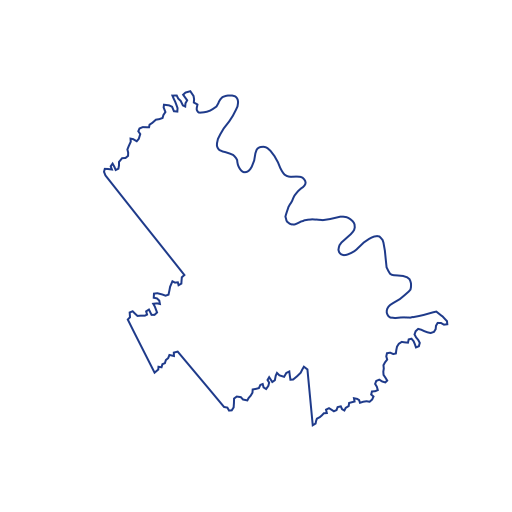 25 de Mayo, Misiones, Argentina, rotated 244°
{"feature_id": "61730980B2649832708573", "entity_name": "25 de Mayo", "entity_type": "district", "adm_level": 2, "iso_a3": "ARG", "parent_name": "Argentina", "parent_adm1": "Misiones", "projection": "albers", "projection_center": [-54.618, -27.386], "detail": "fine", "context": "isolated", "style": "outline", "palette": "blue", "viewbox_px": 512, "rotation_deg": 244, "n_neighbors": 0, "source": "geoboundaries", "source_scale": "gbopen_adm2", "svg_char_len": 5772}
<svg xmlns="http://www.w3.org/2000/svg" viewBox="0 0 512 512"><g transform="rotate(244 256 256)"><path d="M311.6,174.2L270.3,183.3L269.4,180.0L266.7,178.4L263.9,176.8L263.7,173.6L266.6,174.2L267.6,171.5L269.9,169.8L268.0,167.6L266.0,165.3L263.3,163.3L259.6,160.4L260.0,157.3L262.5,154.9L265.8,151.0L266.9,147.8L263.3,145.8L261.3,148.4L258.3,149.5L255.0,148.6L256.8,146.3L258.1,142.7L254.8,142.9L248.6,142.3L247.6,139.0L248.9,136.3L252.1,136.3L254.8,136.3L254.4,133.0L251.1,132.4L251.1,129.9L253.0,126.0L254.1,123.2L257.2,122.0L260.4,120.9L260.6,117.7L256.2,115.9L255.1,112.9L242.1,113.0L195.6,113.7L196.8,118.4L199.2,119.8L197.4,122.3L199.8,124.5L199.6,127.1L202.0,129.4L202.7,132.3L205.0,134.8L202.1,138.4L205.2,139.8L204.4,143.7L157.5,155.4L134.3,161.1L132.3,163.8L128.9,164.0L127.9,166.5L129.7,169.5L133.3,171.6L137.5,173.8L138.1,177.1L135.8,180.5L132.7,181.4L130.0,184.9L131.6,187.1L132.8,190.0L134.7,192.9L137.5,194.5L136.6,197.7L136.0,200.7L138.2,203.4L138.0,205.9L134.6,205.2L132.0,206.8L133.9,210.2L136.4,212.3L139.5,212.0L141.3,214.7L135.6,215.4L136.1,218.5L139.8,221.3L141.7,223.6L138.5,224.7L135.1,228.3L137.6,232.0L137.6,235.3L134.4,234.2L129.7,232.7L128.7,235.2L129.9,240.2L131.5,245.0L133.6,247.7L135.5,250.5L131.5,252.5L79.0,232.8L79.3,236.1L81.4,237.7L83.1,239.4L83.2,242.8L83.9,245.4L84.9,248.0L83.8,250.8L87.2,251.6L87.2,254.9L84.7,256.5L82.3,257.9L82.2,260.8L84.4,263.1L83.7,266.3L80.6,266.2L78.4,267.7L80.2,270.1L80.5,273.5L83.1,275.3L82.5,278.3L82.0,280.8L85.2,281.7L83.2,284.3L81.3,285.5L78.5,285.1L78.0,288.5L77.0,291.7L75.2,294.2L76.1,297.5L78.2,300.0L81.0,298.8L83.4,300.8L82.2,304.0L82.1,306.7L85.5,307.3L88.8,307.0L91.0,309.3L90.8,312.6L87.9,314.4L85.7,316.8L86.5,319.3L89.8,319.0L93.2,318.5L96.2,319.7L98.8,321.5L102.0,322.7L103.9,325.4L105.4,328.5L108.7,329.1L111.2,331.1L110.3,334.2L107.7,336.4L107.1,339.0L110.0,340.9L112.7,343.0L114.5,345.9L114.9,349.3L113.0,352.1L111.5,354.6L114.1,356.7L113.5,359.5L110.3,360.3L106.9,360.1L103.7,359.7L103.5,362.8L106.1,365.1L109.4,365.0L112.7,364.2L116.0,364.1L118.4,366.5L119.4,369.8L117.3,372.2L114.8,374.2L112.3,376.6L110.2,379.2L109.8,382.7L111.5,385.4L114.4,387.2L116.2,389.9L114.7,392.9L111.9,394.8L110.8,398.0L113.7,399.1L116.9,398.1L120.2,397.1L120.7,396.7L127.0,393.7L127.8,390.3L129.5,380.9L130.7,375.8L131.9,371.4L132.1,370.6L132.6,369.7L132.9,367.8L133.4,366.9L136.1,361.8L137.3,359.1L139.2,353.9L140.8,351.5L141.7,349.8L143.7,348.7L145.1,348.5L146.4,348.5L147.8,348.7L149.6,349.6L151.1,350.9L152.4,352.9L153.2,355.2L153.6,358.6L154.2,366.4L155.6,372.2L157.1,377.7L158.1,380.1L159.9,381.5L161.7,382.5L163.5,383.3L165.6,383.7L167.9,383.8L170.6,382.5L173.6,379.4L176.7,374.3L178.4,371.3L179.7,369.7L181.3,368.7L184.7,368.4L188.6,368.4L197.9,371.8L204.4,374.2L212.1,376.4L214.9,376.8L217.6,376.1L219.4,375.5L220.8,373.6L221.7,370.7L221.9,367.9L221.8,365.1L220.9,358.8L220.4,357.3L220.0,356.0L219.5,354.5L219.0,352.9L218.5,351.3L218.1,350.1L217.8,349.3L217.2,346.5L217.0,342.8L217.2,339.1L217.5,337.4L218.2,335.4L219.1,334.3L220.3,333.2L221.8,332.6L223.2,332.4L225.4,332.8L227.5,334.3L229.1,335.8L230.7,338.8L233.3,348.1L234.0,350.6L235.3,353.7L236.4,355.6L238.4,357.3L241.2,358.4L243.0,358.5L245.0,358.1L247.6,357.0L249.7,355.7L251.2,354.4L253.0,351.8L254.4,349.0L255.6,343.7L256.8,338.6L258.8,332.2L259.2,331.3L260.0,330.1L260.9,328.5L262.4,326.1L262.7,325.3L264.4,322.5L264.4,322.3L265.1,320.4L265.9,318.5L265.9,318.3L266.3,317.0L266.9,315.0L266.8,313.9L267.3,311.3L267.2,310.4L267.2,309.0L267.2,307.5L267.3,305.3L267.6,303.9L268.5,302.5L268.8,301.8L270.3,300.4L270.7,300.2L272.2,299.5L272.8,299.1L274.4,298.9L276.2,299.3L278.5,299.7L280.0,301.0L282.4,303.3L284.8,305.7L285.7,306.5L287.6,309.2L288.2,310.4L289.6,312.5L290.5,313.5L291.5,314.6L293.1,316.6L293.4,317.1L293.6,317.4L294.8,319.9L295.8,322.1L296.4,324.0L297.0,326.2L297.3,328.4L298.1,330.5L299.2,332.0L300.4,332.8L302.0,333.1L303.8,332.9L305.9,332.2L307.0,331.3L307.8,330.4L309.6,327.3L311.9,322.0L313.0,320.3L314.5,318.7L316.7,317.3L318.8,316.8L321.3,316.5L324.6,316.4L330.5,316.8L337.7,316.4L344.2,315.1L347.9,313.6L349.5,312.4L350.9,310.6L351.8,308.3L352.1,307.1L352.1,305.9L351.9,304.5L351.1,303.0L348.6,300.5L342.6,296.2L338.1,291.3L336.6,288.9L335.8,286.8L335.6,285.2L335.8,283.9L336.2,282.7L336.9,281.5L337.9,280.8L339.2,280.2L340.9,279.8L342.7,279.6L344.6,279.6L346.3,279.8L348.6,280.4L350.5,281.1L352.6,281.0L355.1,280.4L356.9,279.7L359.5,277.4L362.8,274.0L364.5,271.9L366.3,270.4L367.2,269.6L368.4,269.2L369.6,269.0L370.7,269.0L371.6,269.1L372.4,269.3L374.5,270.4L377.9,273.1L381.1,277.3L384.8,282.9L388.7,290.9L392.2,296.7L396.0,301.8L398.5,304.9L400.8,306.5L402.3,307.4L404.2,308.0L405.9,308.1L407.4,307.8L408.8,307.1L410.7,304.9L412.6,300.9L413.1,299.1L413.4,296.9L413.5,295.5L413.1,294.3L412.4,292.6L411.0,290.4L409.8,289.1L409.6,288.8L407.7,286.0L407.5,284.8L407.0,281.4L406.8,278.4L407.2,275.1L408.0,272.2L409.3,268.7L410.0,267.5L411.0,267.0L411.7,266.9L412.8,266.8L413.6,266.9L415.0,267.6L417.8,269.8L418.0,269.7L421.2,267.4L424.1,269.1L427.2,270.0L432.9,269.2L433.8,264.3L432.9,261.2L426.1,262.4L424.2,259.6L421.4,257.9L423.4,256.3L428.4,256.3L431.6,255.1L435.0,255.1L436.8,251.2L433.5,251.0L430.1,251.0L426.7,250.7L423.3,250.3L420.3,248.6L422.1,245.7L426.9,246.0L429.5,243.9L432.3,239.6L430.0,238.1L425.1,237.7L423.4,234.7L421.0,232.5L421.4,229.1L422.4,225.8L421.1,221.1L420.7,217.9L418.6,216.3L420.0,213.5L421.5,210.7L421.7,207.2L419.7,204.9L416.3,205.4L412.7,202.0L411.4,199.1L414.9,196.8L416.5,194.7L413.6,193.5L410.4,189.6L408.1,187.1L404.9,186.4L402.1,184.9L401.3,181.7L402.6,178.5L400.6,174.1L397.5,172.6L394.8,170.6L394.8,167.6L398.2,167.8L401.9,167.6L400.3,164.7L396.9,164.4L399.2,160.9L400.6,158.3L398.3,156.3L394.4,156.0L334.9,169.0L311.6,174.2Z" fill="none" stroke="#1e3a8a" stroke-width="2"/></g></svg>